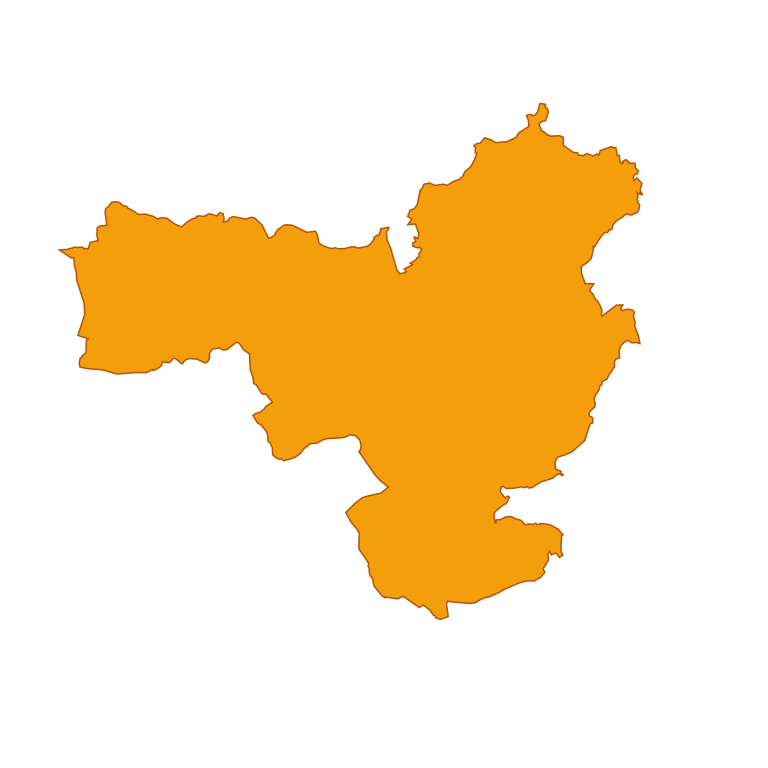 the district of Nuseni, Bistrita-Nasaud, Romania, rotated 78°
{"feature_id": "2599482B99213724213185", "entity_name": "Nuseni", "entity_type": "district", "adm_level": 2, "iso_a3": "ROU", "parent_name": "Romania", "parent_adm1": "Bistrita-Nasaud", "projection": "orthographic", "projection_center": [24.151, 47.079], "detail": "fine", "context": "isolated", "style": "filled", "palette": "amber", "viewbox_px": 768, "rotation_deg": 78, "n_neighbors": 0, "source": "geoboundaries", "source_scale": "gbopen_adm2", "svg_char_len": 6145}
<svg xmlns="http://www.w3.org/2000/svg" viewBox="0 0 768 768"><g transform="rotate(78 384 384)"><path d="M438.2,498.4L437.9,490.7L436.8,485.4L434.2,479.7L430.9,476.1L427.1,468.5L427.9,462.2L425.8,455.1L425.6,451.0L427.8,436.4L427.9,433.1L426.7,427.5L428.8,422.5L433.8,419.4L439.2,419.1L443.8,420.9L444.9,422.6L471.1,411.7L478.0,407.5L485.7,401.2L490.1,409.7L490.1,422.6L490.8,429.0L494.4,436.7L501.8,448.1L512.6,444.8L519.9,440.8L524.6,439.2L539.9,442.9L555.0,436.7L557.0,436.5L559.3,437.5L561.7,436.6L564.3,437.6L569.0,437.3L571.8,435.7L579.2,435.9L591.2,429.8L593.3,427.4L592.6,427.0L596.9,415.7L595.7,409.3L610.1,395.8L608.1,391.5L614.9,386.1L620.2,383.8L621.9,381.7L623.4,382.1L626.0,378.0L624.8,369.5L614.0,368.8L611.5,368.3L609.4,366.9L611.1,363.4L616.6,345.2L616.9,340.2L614.7,333.4L613.9,329.4L614.1,325.4L612.1,315.9L609.9,309.2L606.8,294.0L606.2,285.5L607.8,278.1L606.0,271.6L601.7,265.8L597.8,266.9L590.2,259.5L584.7,259.1L582.0,256.8L586.1,255.8L585.0,252.2L585.4,250.8L590.2,248.3L588.4,244.5L584.4,245.8L568.4,241.6L568.6,240.3L562.2,243.9L558.7,247.9L556.0,251.2L553.2,258.9L553.4,263.3L551.7,264.6L552.4,267.5L550.9,271.9L551.1,275.3L546.3,277.9L544.8,279.8L544.2,282.0L540.0,287.3L539.4,293.1L540.9,298.1L540.3,302.6L542.9,303.3L542.8,304.1L536.7,304.1L532.0,302.0L526.8,291.8L526.6,290.1L525.2,288.1L520.7,284.8L519.3,286.5L520.6,289.3L513.7,292.7L509.1,290.8L509.0,288.8L511.8,285.8L513.0,277.7L513.1,271.0L514.7,268.1L514.0,265.9L515.8,264.0L516.0,260.7L512.4,250.5L511.2,238.6L508.3,233.0L508.7,230.5L510.4,229.1L510.2,227.7L508.0,229.3L506.2,229.0L503.1,233.7L497.3,233.3L493.6,231.4L491.6,229.2L490.9,221.0L489.3,214.0L481.1,199.4L466.8,191.3L465.5,190.1L465.6,188.1L461.7,187.0L459.8,187.3L458.2,189.5L455.9,189.9L453.4,187.9L450.1,182.5L446.6,181.4L442.1,181.6L438.5,179.1L434.5,175.0L431.0,173.3L429.8,171.1L427.2,170.2L425.5,164.9L421.2,161.6L419.1,158.7L416.3,156.6L415.7,155.1L409.6,153.7L407.8,152.0L407.4,148.2L400.2,147.0L395.7,144.2L392.8,139.7L392.0,136.3L395.2,133.1L396.0,128.4L397.7,125.2L390.6,125.2L379.3,126.7L375.2,125.5L369.4,125.9L365.7,124.3L364.5,124.6L363.0,126.1L361.4,130.3L361.8,135.6L359.7,137.1L356.3,134.0L355.2,140.4L362.9,156.6L361.9,157.0L356.9,155.6L353.4,156.0L347.2,158.0L344.3,160.0L340.0,160.7L335.1,163.5L329.5,157.9L327.7,166.3L316.9,167.8L310.0,166.6L307.2,159.3L304.0,154.9L294.4,150.7L293.4,151.1L292.9,150.3L293.7,149.8L284.4,140.5L281.6,136.1L282.4,134.1L281.4,132.5L280.0,132.5L280.3,129.8L279.7,128.6L275.9,127.1L272.9,123.0L270.1,115.4L267.9,111.7L269.7,108.6L270.1,106.7L269.0,101.2L267.3,98.9L262.1,96.6L259.4,97.9L254.5,97.6L253.9,96.6L249.2,96.8L251.5,94.5L250.8,93.9L252.4,93.0L251.7,92.6L252.0,92.0L249.0,93.0L246.0,92.5L241.5,90.0L235.0,93.7L237.0,97.2L234.6,97.5L231.7,95.9L230.8,94.1L231.4,92.8L228.6,90.8L225.0,93.1L220.1,92.6L219.0,98.6L217.7,98.2L214.8,100.8L216.0,104.7L217.4,104.1L217.9,105.7L216.7,106.9L209.2,106.4L209.2,108.3L201.0,108.1L200.4,111.1L199.1,111.9L200.6,123.9L204.7,126.3L204.4,127.3L203.2,127.8L204.4,132.0L200.7,137.8L202.1,141.4L200.3,146.8L198.1,146.6L196.7,150.8L187.7,159.0L180.0,157.3L177.6,160.6L176.2,169.9L174.6,171.2L174.5,172.2L170.1,175.5L169.7,177.0L161.8,178.5L160.5,176.3L159.9,173.1L160.2,171.2L151.9,166.6L147.8,167.2L147.1,168.8L146.0,168.8L144.8,167.7L143.7,168.4L142.0,173.3L149.5,177.0L152.2,179.9L152.7,183.0L151.1,183.5L150.5,186.8L151.0,188.8L155.8,188.0L162.2,188.7L166.1,199.5L170.4,204.1L172.5,213.4L171.3,223.8L170.4,225.7L167.9,227.7L164.1,234.2L168.4,239.9L168.2,243.6L169.5,246.5L171.7,245.4L176.8,246.7L177.4,245.3L181.9,247.7L189.5,253.9L192.9,260.6L197.5,264.1L199.5,268.1L200.2,273.6L202.9,281.2L200.9,284.3L200.4,292.7L196.8,297.8L196.9,303.3L200.6,305.9L202.1,308.4L215.0,313.9L218.8,317.8L219.4,322.4L225.1,326.0L228.1,322.7L229.4,323.3L233.1,327.6L234.0,320.0L244.5,318.7L248.8,320.7L246.5,323.2L247.0,324.2L250.7,323.3L251.6,323.8L251.6,326.2L255.2,327.2L257.6,323.3L258.0,320.3L259.6,320.0L260.1,318.9L264.1,322.9L266.9,323.2L267.5,325.7L269.5,327.5L271.2,333.3L273.3,331.2L275.7,340.3L278.8,338.8L279.5,340.8L279.4,345.7L274.8,347.7L252.4,349.3L243.5,351.1L235.6,349.9L232.7,346.9L231.5,346.9L231.7,353.7L231.2,354.6L237.0,357.7L237.7,358.9L237.0,360.3L238.9,363.7L240.3,363.6L244.5,368.5L245.9,372.4L245.7,380.9L243.7,384.6L243.0,387.6L243.4,394.4L242.1,401.0L240.7,403.0L240.5,407.7L236.1,414.8L232.7,418.3L223.9,418.2L220.3,419.3L219.6,428.0L209.8,440.4L207.9,446.4L208.0,449.1L211.1,456.1L216.2,460.9L217.4,464.9L217.2,466.6L203.1,470.3L194.8,475.9L193.3,479.1L194.0,484.9L188.9,496.6L189.5,500.3L192.1,503.3L192.2,507.4L188.3,505.9L183.8,506.1L182.2,509.3L184.9,512.6L181.4,518.7L181.3,520.7L182.5,523.7L182.5,525.6L181.1,530.2L181.0,532.9L182.5,532.9L182.6,537.3L184.6,542.9L188.3,549.4L183.8,555.7L176.6,561.9L175.1,567.2L175.4,571.3L171.8,575.1L168.0,582.7L167.7,586.4L166.5,590.0L163.8,591.8L158.4,598.2L156.7,598.8L155.0,602.6L151.5,604.8L150.4,607.0L149.5,612.0L151.2,614.8L153.4,616.6L154.2,619.2L155.3,620.1L158.6,621.2L171.2,622.1L170.4,629.1L171.6,632.1L179.2,634.0L184.3,633.7L184.4,641.9L190.1,645.1L190.0,646.9L189.2,648.0L189.5,649.4L187.4,650.3L186.6,656.4L185.9,657.1L186.4,666.6L185.4,673.6L194.7,664.6L195.7,663.5L196.1,661.1L203.6,662.2L211.4,661.8L218.5,663.0L242.5,660.5L253.6,662.2L272.8,673.3L278.3,663.8L279.4,666.0L291.4,669.0L293.7,673.4L295.3,674.0L295.3,675.7L300.3,677.8L304.1,678.0L307.1,671.4L311.6,656.5L318.7,643.1L321.1,624.9L323.3,615.1L323.0,610.9L321.4,607.7L323.0,607.0L321.1,600.3L319.6,598.0L316.3,595.9L318.5,589.6L315.4,584.8L315.3,583.8L315.9,582.5L322.3,577.5L322.3,576.7L320.9,575.7L319.0,572.5L318.7,568.7L320.9,561.6L325.8,555.3L326.3,553.5L324.7,551.0L322.2,549.2L317.9,548.5L314.3,544.9L314.4,537.5L317.3,534.3L317.7,531.7L317.6,530.2L312.6,520.0L313.6,517.3L321.4,514.1L326.6,509.3L342.2,511.8L350.3,510.8L356.5,511.4L358.3,509.0L367.2,506.0L369.0,504.2L369.1,501.8L378.5,496.9L381.5,504.4L383.4,506.3L385.7,510.8L386.1,515.2L387.5,518.8L396.1,515.7L398.2,512.8L405.8,509.0L409.6,508.5L416.2,509.3L417.8,507.7L422.9,506.5L430.0,507.6L433.4,505.3L435.6,502.7L436.1,499.5L438.2,498.4Z" fill="#f59e0b" stroke="#b45309" stroke-width="1.5"/></g></svg>